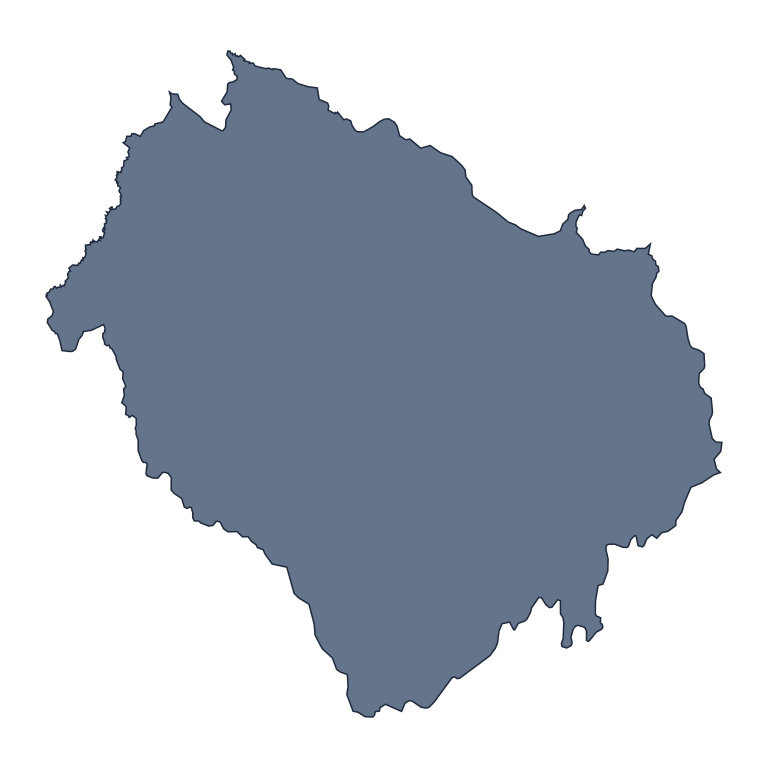 Tha Takiap, Chachoengsao, Thailand
{"feature_id": "78962969B88145432659836", "entity_name": "Tha Takiap", "entity_type": "district", "adm_level": 2, "iso_a3": "THA", "parent_name": "Thailand", "parent_adm1": "Chachoengsao", "projection": "natural_earth1", "projection_center": [101.63, 13.389], "detail": "fine", "context": "isolated", "style": "filled", "palette": "slate", "viewbox_px": 768, "rotation_deg": 0, "n_neighbors": 0, "source": "geoboundaries", "source_scale": "gbopen_adm2", "svg_char_len": 6018}
<svg xmlns="http://www.w3.org/2000/svg" viewBox="0 0 768 768"><path d="M353.1,711.3L357.6,712.1L365.1,716.7L372.9,717.0L374.6,715.0L375.2,711.7L379.5,711.0L380.0,707.7L385.3,704.3L401.6,711.4L404.9,703.3L409.2,700.5L412.6,701.4L421.2,707.3L426.2,708.1L429.0,707.3L434.2,702.0L451.9,677.9L454.4,676.9L457.3,678.7L459.8,678.1L489.8,655.8L495.3,648.4L497.5,642.9L499.0,631.1L502.0,623.7L509.6,622.1L513.6,629.7L514.8,629.7L518.3,623.3L524.4,621.2L526.9,619.2L530.4,612.6L531.7,607.7L538.8,597.4L541.6,597.9L545.9,604.8L549.4,607.6L552.0,607.2L557.6,599.8L560.4,600.6L560.5,614.0L562.9,617.4L563.8,622.3L563.2,638.5L561.4,643.5L562.0,646.5L566.7,648.0L571.3,645.5L572.1,642.6L570.9,637.1L573.1,629.4L575.3,626.3L577.9,625.3L584.6,627.3L586.5,631.2L586.5,640.2L587.7,641.3L589.3,640.8L596.3,632.1L601.3,629.5L602.8,627.5L602.3,624.4L600.3,622.6L600.7,617.8L596.6,616.1L595.3,613.9L595.5,600.7L598.1,585.5L603.0,584.1L607.8,570.9L608.1,559.2L606.0,549.7L606.1,546.0L607.8,544.4L614.5,544.1L622.5,547.2L627.2,547.5L628.6,546.0L630.8,539.5L634.8,535.6L636.2,536.3L638.0,545.6L642.3,546.9L644.0,545.7L646.8,538.9L651.7,534.7L656.8,538.3L661.7,532.7L668.0,531.3L675.7,525.6L676.0,520.3L681.9,512.0L684.6,502.2L691.0,487.2L701.7,482.9L713.8,474.9L720.4,472.6L716.5,468.8L714.1,459.3L720.7,451.4L721.9,442.4L716.0,442.1L712.3,438.6L709.0,423.7L709.5,419.8L711.9,415.2L712.5,412.0L711.2,398.1L704.7,393.4L703.1,389.1L700.3,387.2L698.7,383.0L699.2,373.5L704.1,368.4L704.7,366.2L704.0,353.7L698.9,350.1L692.1,347.8L690.1,345.4L688.0,338.5L686.1,326.4L684.6,323.5L672.0,316.0L667.0,316.3L665.3,315.5L655.3,304.2L651.2,295.8L652.4,283.7L656.0,277.3L656.8,273.1L658.9,271.4L658.4,266.7L655.9,264.9L655.5,261.1L652.8,259.1L651.7,255.7L648.3,254.3L650.4,243.9L645.3,248.4L636.9,248.4L634.1,251.8L628.8,250.1L624.8,250.8L617.1,249.1L614.3,251.4L607.8,250.6L604.7,252.3L600.6,252.2L598.7,254.8L591.7,254.1L589.5,252.3L588.9,249.1L585.5,246.2L582.5,239.1L576.3,232.4L577.3,228.1L575.9,226.2L576.0,222.3L579.0,215.3L581.6,215.5L582.9,211.1L585.5,208.4L584.2,205.5L581.7,209.4L574.9,210.3L570.3,213.0L568.6,214.9L567.9,219.3L562.7,224.2L560.3,230.8L553.9,233.9L538.5,236.4L520.8,228.8L515.3,224.8L508.2,222.0L496.4,212.3L473.5,197.0L472.2,194.8L471.8,185.2L465.9,177.0L465.1,170.0L461.8,165.5L452.2,156.6L440.4,152.7L430.1,145.5L420.8,148.2L409.8,139.0L405.7,139.8L399.6,135.7L397.1,126.4L394.5,122.2L388.5,118.7L384.1,119.3L379.6,121.6L372.9,126.7L363.6,131.9L357.6,131.8L355.2,130.3L352.2,125.6L350.7,120.9L346.5,118.9L343.8,119.8L337.6,112.1L336.9,113.3L335.3,112.5L334.8,113.7L328.0,109.9L328.8,106.1L327.6,103.0L319.2,99.5L317.3,87.9L308.5,86.8L298.1,83.7L292.3,79.0L286.3,78.4L280.7,69.8L273.1,68.6L272.4,69.7L268.8,68.1L265.5,68.6L255.1,66.0L253.2,63.0L249.3,63.4L249.7,62.1L243.7,60.6L244.9,59.4L240.6,55.7L241.0,54.9L238.3,57.0L237.1,55.6L235.6,56.1L235.1,53.6L232.8,54.9L232.3,53.3L231.1,53.6L230.1,51.2L227.8,51.0L226.9,55.0L230.9,59.9L233.7,67.4L232.6,70.0L234.5,71.4L234.3,73.9L237.0,76.2L237.1,78.0L236.9,79.7L232.3,82.2L229.2,82.5L227.7,84.2L227.1,91.9L221.5,101.2L224.7,104.8L230.6,103.9L231.2,110.0L226.0,119.7L225.5,127.5L223.1,130.5L221.8,130.8L204.5,121.9L199.9,116.5L182.2,102.9L179.1,98.7L177.8,94.3L171.8,93.8L169.4,92.0L171.0,97.5L170.1,104.8L171.9,107.1L163.1,121.9L154.9,123.9L154.3,125.8L149.4,127.1L143.7,130.6L140.3,136.4L134.6,133.6L131.8,133.8L130.9,136.2L126.8,136.3L125.5,141.4L123.2,142.7L129.7,147.9L127.9,152.0L129.2,155.3L128.6,156.9L126.4,157.5L127.8,159.3L124.0,160.9L123.8,165.1L123.2,166.9L121.5,167.9L121.7,170.8L120.7,171.4L120.8,172.6L117.1,171.6L117.1,173.7L118.1,173.1L118.1,174.1L116.4,175.5L117.1,176.9L115.2,180.1L116.6,180.7L116.7,182.6L117.7,182.0L117.8,185.8L120.5,187.7L118.9,190.9L121.5,195.2L120.1,196.3L121.3,197.3L120.2,199.0L121.0,200.3L120.3,201.1L120.7,203.7L118.9,206.1L117.1,206.3L115.7,208.9L111.9,209.4L112.3,207.1L111.1,207.1L109.5,208.6L110.7,209.6L109.1,212.3L106.6,211.8L108.1,214.1L106.2,215.9L105.4,215.5L106.2,218.0L105.4,218.7L106.9,220.6L106.1,221.3L106.1,223.3L103.8,224.1L104.5,224.0L104.7,226.0L103.2,228.7L104.6,228.1L105.1,229.3L104.2,230.7L102.9,230.1L102.8,231.4L104.6,232.8L103.2,237.2L101.4,238.5L101.0,236.7L99.8,236.8L99.0,239.6L99.7,240.3L98.4,240.0L97.3,241.9L94.4,241.2L94.0,242.1L93.0,240.0L92.0,242.6L91.0,241.9L90.2,242.8L90.5,244.6L85.5,245.1L85.6,248.9L86.4,249.4L85.0,251.2L86.0,252.6L85.6,255.7L84.3,257.7L82.8,257.7L82.9,260.5L81.5,260.0L80.1,263.4L78.7,263.1L77.9,265.3L72.6,265.0L68.9,268.1L70.5,271.1L69.2,271.4L67.5,274.1L68.4,277.9L65.1,281.3L65.7,282.1L64.1,286.0L63.2,285.3L61.3,286.7L60.3,285.1L59.9,287.3L57.4,287.3L56.5,288.3L55.1,286.4L54.2,286.6L52.8,289.2L50.7,289.1L48.9,292.4L46.9,293.1L47.3,295.0L46.3,295.1L47.1,295.8L46.1,296.7L49.7,301.9L53.4,311.6L52.2,315.5L47.9,319.0L47.3,322.5L52.3,330.4L54.7,331.7L55.4,333.6L57.3,333.7L59.9,340.8L62.0,350.6L69.9,351.5L72.5,351.4L75.6,349.2L78.9,339.3L81.8,335.9L83.6,331.5L91.3,330.3L103.5,324.6L105.3,328.3L104.5,330.1L105.1,331.5L102.9,333.6L102.8,337.5L104.7,342.5L104.5,344.0L107.1,345.8L109.2,345.2L110.2,348.2L112.0,348.9L116.2,356.8L116.3,359.6L120.2,369.5L123.1,371.7L122.7,378.8L125.8,386.3L123.6,388.9L124.3,395.3L121.8,402.8L126.2,406.4L125.7,414.5L128.0,415.3L129.2,417.5L132.3,415.4L136.2,418.4L136.3,425.2L135.2,428.7L136.1,430.4L136.1,434.5L138.2,440.0L138.1,450.5L141.7,460.4L143.2,462.3L145.9,462.6L147.1,464.0L146.0,473.4L146.7,475.6L152.6,478.0L157.9,478.1L162.3,472.7L165.0,472.3L168.4,473.5L171.3,477.8L171.1,489.9L174.0,493.3L181.6,498.4L184.4,507.2L187.2,508.4L189.5,507.1L191.3,507.6L192.8,513.0L192.8,517.9L194.3,520.9L198.6,521.0L200.9,523.0L208.8,526.1L213.0,525.4L216.3,521.3L219.0,521.6L220.4,522.5L223.7,528.9L227.9,531.8L237.0,531.6L242.4,536.8L248.1,536.7L251.5,541.4L256.2,544.9L257.4,547.6L263.3,549.8L264.7,553.5L272.1,564.0L286.8,567.2L294.1,593.4L298.6,597.8L309.0,604.3L314.1,623.7L315.1,635.1L322.2,648.7L332.5,658.1L336.6,669.4L340.4,672.1L347.3,674.5L348.1,686.7L346.8,694.4L353.1,711.3Z" fill="#64748b" stroke="#1e293b" stroke-width="1.5"/></svg>